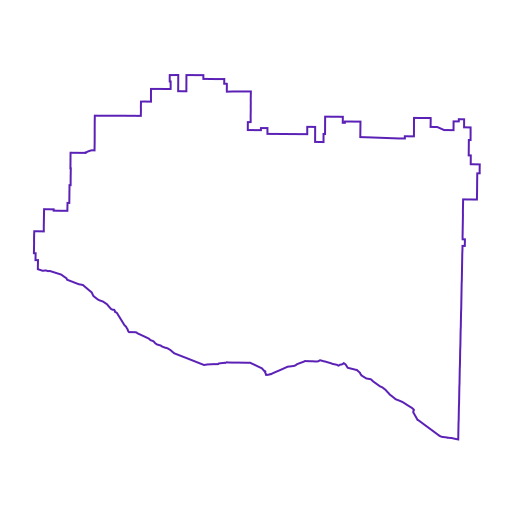 Meekatharra, Western Australia, Australia, rotated 91°
{"feature_id": "25037944B5193502600366", "entity_name": "Meekatharra", "entity_type": "district", "adm_level": 2, "iso_a3": "AUS", "parent_name": "Australia", "parent_adm1": "Western Australia", "projection": "albers", "projection_center": [119.195, -25.303], "detail": "fine", "context": "isolated", "style": "outline", "palette": "violet", "viewbox_px": 512, "rotation_deg": 91, "n_neighbors": 0, "source": "geoboundaries", "source_scale": "gbopen_adm2", "svg_char_len": 5788}
<svg xmlns="http://www.w3.org/2000/svg" viewBox="0 0 512 512"><g transform="rotate(91 256 256)"><path d="M115.1,89.6L115.2,100.4L119.2,100.4L124.1,100.3L132.0,100.2L133.6,100.2L133.7,109.3L135.9,109.2L135.9,111.6L136.0,115.1L135.9,120.1L135.4,145.4L135.3,153.8L119.8,153.9L120.0,169.5L121.3,169.5L121.3,171.6L115.3,171.6L115.4,182.4L115.5,189.3L132.8,189.1L132.8,190.6L140.9,190.5L140.9,198.9L125.9,199.1L126.0,207.0L133.3,206.9L133.7,246.7L127.9,246.8L128.0,253.3L128.4,253.3L130.1,253.3L130.2,266.4L122.3,266.5L122.2,263.7L119.3,263.7L117.3,263.8L114.8,263.8L111.9,263.8L109.4,263.8L106.4,263.9L104.5,263.9L102.5,263.9L100.0,264.0L96.1,264.0L93.6,264.0L91.6,264.0L91.8,276.8L91.9,280.1L91.9,281.9L92.2,288.0L90.2,288.1L88.2,288.1L86.3,288.1L84.3,288.2L84.3,290.8L82.0,290.8L79.6,290.8L79.7,294.1L79.7,294.9L79.7,295.0L79.8,300.8L79.8,302.4L79.8,302.8L79.8,304.7L79.8,305.0L79.9,311.7L76.1,311.8L76.3,328.7L77.4,328.7L77.8,328.7L78.3,328.7L92.5,328.5L92.6,336.7L83.3,336.8L76.4,336.9L76.6,345.4L80.0,345.4L83.0,345.3L83.0,344.4L87.7,344.3L90.5,344.3L90.8,363.9L98.6,363.8L103.5,363.7L103.5,368.5L103.6,373.7L110.1,373.7L111.0,373.6L117.9,373.6L118.1,393.0L118.3,403.0L118.4,410.3L118.5,417.2L118.5,419.6L124.7,419.6L132.4,419.5L137.3,419.4L146.1,419.3L148.0,419.3L153.2,419.3L153.2,420.7L153.2,421.6L153.2,422.1L153.3,422.8L153.7,423.9L154.1,425.0L154.4,425.8L155.1,427.2L155.4,428.2L155.9,428.2L156.0,443.2L156.4,443.2L157.9,443.2L158.5,443.2L167.7,443.1L170.5,443.1L171.6,443.1L171.6,442.7L177.1,442.7L178.2,442.7L180.0,442.7L188.4,442.6L188.4,443.7L206.2,443.6L206.2,445.4L214.1,445.4L214.2,452.8L214.2,459.1L212.9,459.1L212.9,468.7L217.8,468.7L225.7,468.7L230.7,468.7L235.1,468.6L235.1,478.1L237.9,478.2L239.5,478.2L241.7,478.2L244.4,478.2L246.5,478.1L247.0,478.1L247.4,478.1L256.3,478.1L257.1,478.1L257.1,476.4L264.0,476.4L263.9,473.9L273.0,473.9L274.5,469.0L274.1,465.9L274.8,463.6L274.5,462.2L275.3,459.4L276.6,455.1L278.0,450.4L279.7,448.0L281.6,445.1L283.0,444.5L284.0,441.8L285.1,438.7L286.1,436.1L287.4,432.4L287.6,430.8L288.1,428.4L289.5,426.8L290.7,425.3L291.2,424.7L293.0,422.5L294.5,420.6L295.2,419.7L297.2,418.7L298.8,417.9L300.9,415.2L302.6,412.8L303.3,411.0L304.2,408.2L305.5,406.2L306.8,404.2L309.2,402.1L311.6,399.9L312.2,398.4L312.3,396.8L313.5,396.1L314.2,396.1L315.3,394.1L317.7,392.6L321.7,390.0L324.2,388.4L325.8,387.4L327.6,386.2L328.8,384.8L330.2,384.0L330.8,383.7L331.5,383.1L333.0,382.7L334.3,381.7L334.3,375.3L334.6,374.0L335.2,373.4L335.9,372.0L336.6,370.3L338.0,367.2L339.2,364.5L340.6,361.5L341.7,360.4L342.1,359.7L342.6,358.1L343.3,356.7L344.5,355.7L345.1,355.1L345.5,354.4L346.0,353.8L346.3,353.1L347.2,349.6L348.0,348.7L349.4,344.9L349.4,344.1L350.0,342.6L351.6,339.8L352.9,338.3L354.7,336.1L356.8,330.4L358.0,327.2L359.3,323.6L360.7,319.9L361.9,316.7L363.3,313.0L364.5,309.8L365.9,306.0L365.6,304.4L365.3,302.9L364.8,295.5L364.9,295.2L364.8,293.7L364.8,292.4L364.7,291.9L364.1,291.3L363.5,287.2L363.5,286.2L363.3,285.6L363.4,284.6L362.8,283.6L363.0,280.9L362.9,270.5L362.9,261.6L362.8,260.0L363.9,257.7L364.2,257.0L364.2,256.9L364.3,256.7L366.0,253.0L367.2,250.4L368.1,248.3L369.8,246.6L370.6,246.1L370.8,245.2L371.2,244.7L372.1,244.9L372.7,244.6L373.6,244.1L374.2,244.1L374.7,243.9L374.7,242.8L374.3,240.6L374.1,240.3L373.8,239.8L374.0,239.1L373.5,238.3L372.0,235.2L370.8,232.5L370.0,230.7L368.2,226.8L367.1,224.5L366.1,222.3L365.8,219.8L365.2,215.9L364.9,215.3L364.9,215.2L364.7,214.8L364.6,214.7L364.5,214.4L363.5,213.2L362.4,210.5L360.8,206.3L360.2,205.3L360.3,196.2L360.4,195.7L360.4,193.0L360.1,191.8L359.1,190.1L360.2,186.0L360.2,185.4L361.1,182.2L361.9,179.2L362.5,177.8L363.4,173.1L364.0,172.1L364.2,171.6L363.2,170.0L363.0,168.7L362.6,167.5L361.6,166.4L362.8,164.6L364.3,163.6L366.1,162.4L366.3,161.8L367.2,157.8L368.1,154.0L368.1,153.5L368.3,152.9L368.8,152.6L369.7,151.4L370.7,150.4L371.0,150.0L372.5,149.3L373.0,148.7L373.5,148.6L375.0,146.1L376.5,143.6L377.2,139.2L377.6,138.6L378.2,137.9L379.5,136.5L381.7,133.3L382.8,131.7L384.2,129.7L384.9,127.9L385.5,126.9L387.6,124.1L389.9,122.0L390.8,121.0L392.0,120.1L394.0,117.4L396.3,114.4L396.7,114.1L398.0,110.5L399.4,107.0L401.1,104.2L402.6,101.8L403.8,99.8L405.2,97.4L406.7,95.7L407.2,95.4L408.4,96.0L409.7,96.0L410.2,95.6L411.8,94.7L413.8,93.5L417.1,91.6L417.3,90.8L417.8,90.2L419.4,87.9L421.8,84.6L423.4,82.3L425.9,78.8L429.9,73.2L432.7,69.3L433.6,67.0L434.1,61.9L434.4,61.5L434.3,61.1L434.6,57.9L434.5,57.6L435.3,53.9L435.9,50.6L432.5,50.6L429.5,50.6L427.5,50.6L424.5,50.6L421.5,50.6L418.6,50.6L417.1,50.5L414.1,50.5L411.1,50.5L407.6,50.5L404.7,50.5L403.2,50.5L400.2,50.4L397.2,50.4L393.2,50.4L391.3,50.4L389.3,50.4L386.3,50.4L383.3,50.4L380.3,50.3L377.4,50.3L374.4,50.3L370.9,50.3L367.9,50.3L364.9,50.3L362.0,50.2L360.5,50.2L357.5,50.2L354.5,50.2L351.5,50.2L348.6,50.2L345.6,50.2L342.6,50.1L339.1,50.1L336.2,50.1L333.2,50.1L329.2,50.1L326.2,50.1L323.2,50.0L319.3,50.0L315.3,50.0L313.8,50.0L310.3,50.0L308.4,50.0L305.9,49.9L303.9,49.9L301.4,49.9L297.4,49.9L294.9,49.9L292.0,49.9L289.5,49.9L287.1,49.9L284.6,49.9L282.1,49.9L279.7,49.9L277.2,49.8L274.7,49.8L271.8,49.8L267.4,49.8L262.4,49.8L258.5,49.8L254.6,49.8L250.6,49.8L246.7,49.7L244.7,49.7L242.3,49.7L242.3,47.4L238.6,47.4L235.7,47.4L235.7,49.7L233.2,49.8L230.7,49.8L228.3,49.8L225.8,49.8L223.4,49.8L220.9,49.8L218.5,49.8L216.0,49.8L213.5,49.8L211.1,49.8L208.6,49.9L206.2,49.9L203.7,49.9L200.7,49.9L198.3,49.9L195.8,49.9L195.7,36.1L187.8,36.1L175.9,36.2L169.5,36.2L169.4,33.8L165.7,33.9L160.5,33.9L160.5,42.9L151.7,43.0L151.7,45.1L149.2,45.1L136.3,45.2L136.3,43.5L128.3,43.6L123.7,43.7L123.7,50.2L115.7,50.3L115.7,55.6L117.9,55.6L118.0,60.8L126.7,60.7L126.8,70.1L124.5,75.5L123.9,76.9L123.9,79.7L123.9,80.4L123.9,81.5L123.9,83.7L120.5,83.7L116.5,83.7L115.0,83.8L115.1,89.6Z" fill="none" stroke="#5b21b6" stroke-width="2"/></g></svg>